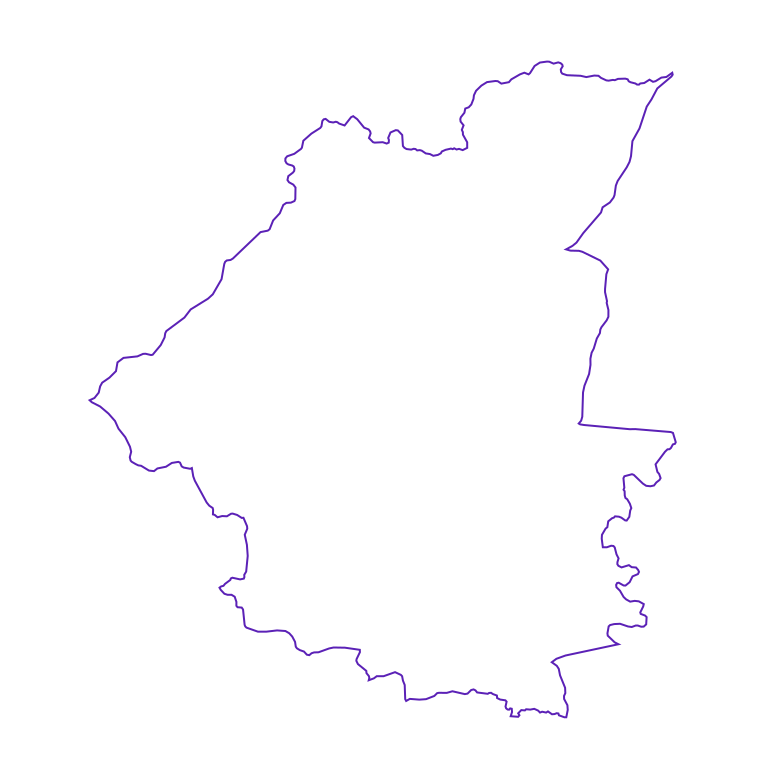 the district of Kaloleni, Coast, Kenya, rotated 92°
{"feature_id": "3690345B39012511095910", "entity_name": "Kaloleni", "entity_type": "district", "adm_level": 2, "iso_a3": "KEN", "parent_name": "Kenya", "parent_adm1": "Coast", "projection": "orthographic", "projection_center": [39.512, -3.773], "detail": "fine", "context": "isolated", "style": "outline", "palette": "violet", "viewbox_px": 768, "rotation_deg": 92, "n_neighbors": 0, "source": "geoboundaries", "source_scale": "gbopen_adm2", "svg_char_len": 6099}
<svg xmlns="http://www.w3.org/2000/svg" viewBox="0 0 768 768"><g transform="rotate(92 384 384)"><path d="M62.9,106.8L67.3,112.5L68.1,117.5L71.9,123.2L72.6,125.7L70.6,129.3L74.1,134.4L74.7,138.4L75.9,139.6L75.9,141.6L74.9,143.2L73.8,148.2L72.9,150.0L71.0,151.1L70.4,153.5L70.9,160.8L72.3,163.9L72.1,165.9L73.0,170.1L72.8,172.4L70.5,177.8L68.5,180.4L68.4,184.6L70.2,192.5L69.1,198.4L69.0,211.9L67.6,216.7L66.0,217.9L63.4,218.3L60.2,216.5L58.6,217.0L57.2,218.7L56.5,221.1L57.9,225.7L56.1,230.2L56.1,232.4L57.3,239.4L60.9,244.6L68.2,248.9L69.5,250.3L68.0,254.6L69.8,258.9L75.1,267.4L78.0,269.7L79.7,277.2L77.4,280.9L77.3,283.3L78.7,291.6L82.4,297.1L87.7,302.2L92.3,304.2L95.9,304.5L101.6,306.5L104.5,309.0L105.9,312.4L110.1,313.1L114.7,316.5L116.6,317.0L119.1,316.6L122.7,313.5L127.3,315.1L129.5,314.0L132.1,313.8L139.5,309.3L145.1,309.1L147.5,313.5L146.4,317.2L147.1,319.7L146.0,322.1L146.9,323.5L146.4,325.3L147.8,330.6L149.6,334.3L151.5,335.3L153.2,338.2L154.2,342.7L152.6,346.1L152.1,350.3L149.5,354.4L149.0,356.4L149.4,359.0L148.1,360.7L147.9,362.5L148.8,365.0L148.4,369.7L147.2,371.9L145.5,373.4L134.5,374.5L130.1,379.0L129.9,381.1L132.4,386.3L138.0,388.4L139.9,387.6L142.6,387.7L143.6,389.7L142.4,393.7L143.1,401.8L142.7,403.4L138.7,407.6L134.0,406.1L132.0,406.7L130.1,408.3L128.5,412.8L120.3,420.0L117.4,424.2L118.5,426.2L127.0,432.4L125.3,437.9L124.0,439.7L123.6,441.3L124.4,443.9L123.9,447.8L121.1,451.6L121.6,453.5L123.3,454.8L128.7,455.5L130.3,456.6L136.3,465.3L143.7,473.1L150.7,474.3L152.0,475.2L157.1,481.7L159.8,488.7L162.0,490.4L164.6,490.4L166.8,489.1L167.9,487.3L168.9,483.2L169.8,481.8L171.8,481.0L174.2,481.2L175.8,482.3L179.6,486.9L183.5,487.6L185.7,486.0L187.9,481.6L190.7,479.3L202.3,479.1L204.3,479.9L206.0,483.4L206.4,487.9L208.6,490.9L217.0,494.1L224.4,500.5L233.3,503.7L234.8,505.5L236.5,512.7L263.9,539.4L265.4,541.7L266.0,545.4L267.4,547.0L269.5,547.8L284.9,550.0L300.3,558.2L304.9,562.9L316.2,579.8L324.6,585.8L338.7,603.4L340.9,604.4L345.1,604.9L352.9,608.5L362.8,616.2L363.2,617.8L362.1,623.3L362.3,625.8L365.0,631.4L367.0,645.3L371.7,651.1L380.5,652.3L387.2,658.6L392.5,665.7L396.3,667.6L402.6,668.8L408.1,672.9L410.5,677.6L412.4,675.4L416.4,666.9L423.2,658.3L430.4,651.5L437.9,647.8L446.2,640.7L455.5,635.7L460.5,634.3L466.0,635.5L469.3,634.6L470.5,633.5L472.7,629.4L473.9,626.7L474.2,623.9L478.7,615.9L478.9,613.6L479.1,610.8L476.3,607.5L474.3,599.0L470.3,593.3L469.0,586.8L469.7,585.1L473.4,583.3L474.5,581.3L475.5,574.7L474.7,573.1L483.0,571.4L487.2,569.7L508.6,557.1L511.7,554.4L513.9,550.9L515.6,550.4L520.3,550.4L520.7,548.7L523.0,545.7L521.6,541.1L521.7,536.4L519.0,532.3L518.8,530.7L520.0,526.2L522.8,521.5L522.6,519.8L530.9,515.9L533.4,515.6L539.5,517.9L549.5,515.4L560.6,514.2L576.3,515.2L579.6,517.0L581.9,516.8L583.4,517.3L584.3,521.0L582.9,528.8L583.7,530.3L585.2,530.8L589.3,535.9L591.3,537.4L592.0,539.7L593.3,541.3L595.4,540.0L599.2,536.2L600.1,533.1L600.0,529.0L601.8,525.8L606.9,523.9L610.8,523.8L612.2,522.6L612.4,518.4L614.3,517.0L629.5,514.9L631.1,514.2L632.3,512.9L635.9,501.4L635.6,492.8L634.0,482.3L634.3,473.9L636.4,470.0L639.6,466.9L644.8,463.9L649.6,463.0L651.2,461.8L652.9,458.8L654.2,454.6L657.2,451.7L657.6,449.2L655.6,447.0L654.7,444.5L654.4,440.1L650.2,429.6L649.1,425.2L648.9,413.8L650.5,398.9L652.8,398.7L659.9,401.8L661.6,402.0L664.8,400.3L671.3,391.7L673.6,391.4L676.3,389.0L678.2,388.4L680.6,388.9L678.5,383.8L676.3,381.1L676.0,374.1L671.6,362.9L674.1,357.0L675.4,355.7L679.8,354.7L684.1,352.8L698.2,351.8L700.0,350.8L697.8,347.2L698.2,337.6L697.5,331.0L694.0,322.8L691.1,320.1L690.7,318.4L690.5,310.5L688.7,304.9L691.1,292.4L690.5,289.7L686.8,286.2L686.1,283.8L687.0,281.9L689.0,280.2L690.0,269.5L689.1,268.2L688.9,266.2L690.1,264.3L691.4,260.3L693.9,260.0L695.3,256.9L695.9,251.6L697.2,250.4L702.1,251.3L703.9,250.6L705.0,249.1L705.1,247.6L703.8,246.6L704.1,245.0L707.4,244.6L711.6,245.8L711.9,238.3L710.3,237.1L708.4,238.4L705.1,235.4L705.3,231.8L704.1,230.6L704.3,226.5L703.4,222.5L705.0,218.6L706.9,216.6L706.0,214.5L706.7,210.5L705.5,208.7L708.2,204.6L707.9,202.0L707.0,200.0L707.2,198.2L709.0,197.6L710.8,192.0L710.7,190.2L703.3,189.0L698.6,189.5L692.5,193.0L689.5,193.2L686.6,192.0L681.3,192.4L669.0,197.9L662.6,199.4L659.6,201.5L656.2,206.6L652.6,202.1L649.0,193.1L635.9,140.6L634.1,144.5L627.7,151.6L625.4,152.0L618.4,151.0L617.0,149.6L615.9,145.6L615.4,139.7L617.8,131.7L618.2,127.9L616.6,124.0L616.5,122.0L617.6,118.5L617.4,116.0L615.1,113.6L607.8,113.4L606.3,115.0L604.8,119.4L603.3,119.9L597.3,117.2L594.9,116.7L592.3,121.8L592.0,125.9L592.9,130.4L590.8,134.5L588.5,137.1L582.3,141.0L579.0,144.6L576.7,145.0L574.8,144.1L574.4,142.5L577.0,137.5L577.0,135.6L573.5,131.6L567.6,128.9L565.1,123.6L562.9,122.6L561.0,123.5L558.6,125.7L558.4,130.1L556.5,132.9L559.0,140.2L557.5,143.4L555.9,144.5L553.9,144.5L550.1,143.5L546.1,145.7L539.3,147.7L537.9,149.0L537.7,151.3L539.4,155.6L539.5,159.6L531.0,161.0L527.1,160.9L520.8,157.5L519.3,155.8L513.4,155.1L510.2,151.4L509.5,149.6L508.2,148.5L508.4,144.6L509.3,142.1L511.9,138.2L512.0,136.7L508.2,134.2L501.8,133.5L499.4,132.5L495.1,134.1L490.7,136.9L489.5,138.7L487.1,139.5L482.7,139.8L481.3,140.9L479.3,140.2L469.8,141.4L467.8,140.5L465.5,133.0L466.1,131.2L474.5,121.8L476.6,118.4L476.9,114.2L476.0,110.6L472.9,108.4L470.3,105.3L468.4,104.3L464.3,105.9L462.3,107.7L454.8,109.8L441.9,100.8L439.4,98.4L439.2,96.4L437.9,95.0L434.3,93.2L433.6,91.1L432.0,90.4L422.8,93.5L422.0,95.7L420.3,131.4L420.6,136.8L418.8,168.5L418.0,182.6L417.5,186.6L416.7,188.0L413.8,185.7L409.8,184.7L385.5,184.8L378.7,183.6L366.9,179.4L357.7,178.3L351.5,178.6L345.5,177.6L341.3,175.6L331.1,172.9L325.6,170.0L322.0,169.7L319.7,168.7L312.6,163.7L309.0,162.1L302.2,162.3L295.1,164.3L293.5,164.0L284.5,166.3L281.4,166.4L266.5,165.6L261.6,164.0L253.1,172.1L244.9,190.5L244.1,193.9L244.2,202.4L243.1,206.7L239.4,200.5L236.0,196.6L226.2,190.1L205.0,173.1L199.8,171.7L194.7,164.6L189.7,161.1L187.1,160.2L177.6,159.2L173.0,157.6L159.0,149.0L153.5,146.4L147.7,145.1L132.6,144.2L119.7,137.6L97.6,131.1L90.2,126.6L79.1,121.2L66.7,107.5L64.8,106.3L62.9,106.8Z" fill="none" stroke="#5b21b6" stroke-width="2"/></g></svg>